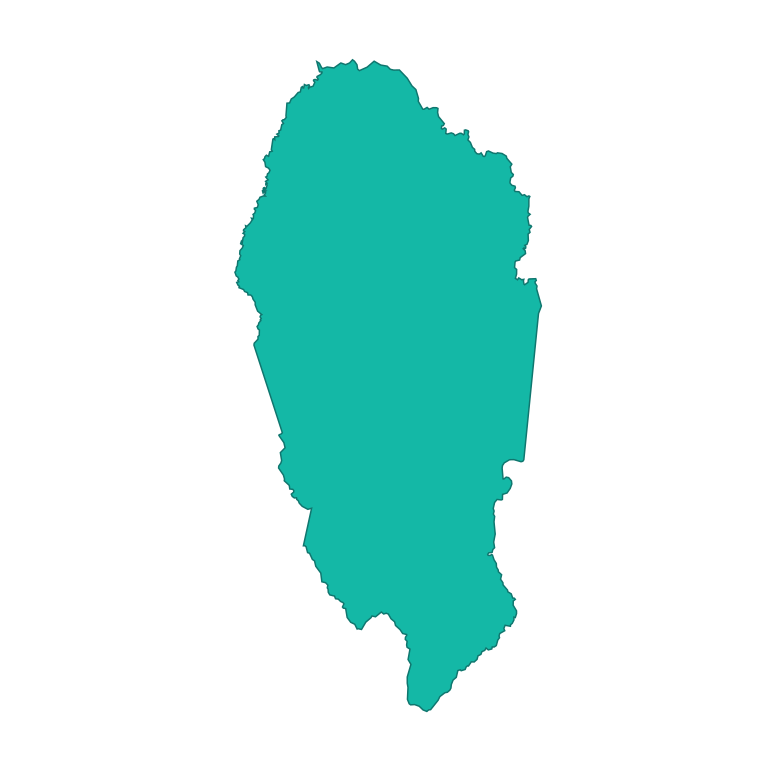 Calobre, Veraguas, Panama (Natural Earth projection), rotated 188°
{"feature_id": "35544464B72055613867107", "entity_name": "Calobre", "entity_type": "district", "adm_level": 2, "iso_a3": "PAN", "parent_name": "Panama", "parent_adm1": "Veraguas", "projection": "natural_earth1", "projection_center": [-80.825, 8.387], "detail": "fine", "context": "isolated", "style": "filled", "palette": "teal", "viewbox_px": 768, "rotation_deg": 188, "n_neighbors": 0, "source": "geoboundaries", "source_scale": "gbopen_adm2", "svg_char_len": 6152}
<svg xmlns="http://www.w3.org/2000/svg" viewBox="0 0 768 768"><g transform="rotate(188 384 384)"><path d="M547.2,474.0L545.4,470.5L543.7,469.6L542.3,467.7L543.1,466.1L542.1,465.0L544.0,464.1L542.2,461.4L540.8,460.6L541.0,459.2L536.2,458.0L534.9,456.2L531.9,455.5L531.0,453.2L528.4,453.6L526.6,452.2L525.5,449.8L522.9,447.0L522.6,444.5L519.3,438.6L514.7,435.7L515.7,434.9L516.1,433.2L514.7,431.8L515.5,430.2L514.8,429.6L516.4,427.2L516.7,424.9L517.7,423.3L516.4,421.0L514.9,420.1L514.3,414.8L515.4,413.5L515.0,410.9L518.2,406.3L518.2,404.4L477.9,321.6L479.0,320.1L480.8,319.1L480.9,318.4L475.0,312.0L473.1,307.1L477.1,301.6L474.7,294.0L475.1,291.5L476.8,288.1L476.7,286.1L471.0,279.9L469.3,276.1L469.3,274.3L463.7,270.4L462.7,266.9L459.7,267.0L458.5,265.9L458.4,264.4L460.5,262.0L459.2,259.9L457.0,258.7L454.8,259.1L454.3,257.5L452.7,256.6L451.3,254.2L448.0,251.5L442.0,249.3L438.4,250.9L441.3,212.6L439.8,212.8L438.5,212.0L436.2,206.4L434.1,206.0L430.5,200.3L428.2,199.2L426.2,194.0L420.3,188.0L418.0,179.5L414.2,179.1L411.6,177.0L411.8,174.2L410.8,173.0L410.2,170.0L408.3,167.6L403.5,167.1L402.1,164.6L399.3,164.6L396.7,162.6L394.1,161.8L393.1,160.7L394.1,157.4L393.1,156.4L390.7,156.3L388.0,147.7L383.8,143.4L379.5,142.0L376.5,137.6L375.9,138.1L372.1,137.8L368.9,145.6L364.4,150.7L363.6,152.6L360.0,152.3L354.9,157.8L352.3,156.2L349.9,157.3L347.7,156.8L344.4,152.5L340.4,150.0L339.0,146.5L333.9,143.0L330.8,139.5L326.7,139.1L326.5,138.3L327.5,136.2L327.4,134.1L325.3,132.4L325.3,128.7L324.5,126.5L321.4,125.1L321.8,114.5L318.3,110.1L320.2,97.1L319.3,90.8L318.0,86.8L316.9,75.0L314.6,70.9L313.0,70.0L309.1,70.8L304.3,69.8L300.0,66.7L296.0,65.7L294.4,67.5L292.5,68.0L286.4,78.4L285.2,82.2L280.8,86.7L278.3,87.6L276.2,90.0L275.4,92.2L275.5,95.8L274.4,100.4L271.6,103.6L271.0,110.5L268.7,111.6L267.7,110.8L263.9,112.6L263.3,115.2L262.0,116.6L261.1,116.5L258.9,121.0L256.0,121.3L253.5,124.3L253.1,127.9L250.4,129.7L249.8,132.6L247.2,134.2L246.2,136.7L243.7,135.2L240.4,136.6L240.2,138.7L238.3,138.9L236.4,140.6L235.7,146.2L234.3,148.8L235.0,150.5L234.7,153.0L230.1,156.5L231.3,158.6L230.5,161.9L225.1,161.7L225.1,163.3L223.7,164.8L222.5,168.4L222.9,171.2L221.5,171.0L220.8,175.0L221.2,177.8L225.3,182.9L225.8,187.1L224.0,189.0L225.1,190.0L226.8,190.0L228.8,193.9L232.5,195.5L233.0,197.1L238.1,201.6L238.6,203.8L241.4,206.9L241.0,211.5L244.6,214.0L245.0,215.7L247.1,218.3L247.8,221.9L250.6,225.3L252.8,229.7L253.7,230.1L254.9,229.0L257.0,228.8L257.6,229.7L256.8,231.4L253.5,232.3L253.2,235.2L251.7,237.3L253.4,242.7L253.0,250.9L255.9,262.9L256.0,268.3L257.6,270.4L257.3,273.5L258.5,275.9L258.0,282.0L256.0,285.4L251.8,285.5L250.7,286.1L251.2,291.2L247.0,293.2L244.5,298.1L243.5,302.8L244.3,305.8L247.5,308.6L250.0,308.8L252.1,306.6L252.9,306.6L255.3,317.1L255.3,319.8L253.9,322.7L249.1,326.5L244.8,327.2L237.5,326.1L235.8,326.8L235.0,328.4L240.8,475.3L239.0,483.2L246.2,499.6L246.1,502.3L248.4,505.0L248.6,506.4L247.6,507.7L248.4,509.4L255.0,508.2L255.6,507.4L255.5,504.7L258.5,501.9L259.3,502.4L260.3,505.5L260.1,507.1L262.2,506.4L265.3,507.8L266.3,505.8L268.6,506.9L268.0,511.3L268.6,515.9L270.9,517.4L271.2,523.0L270.6,524.2L267.0,525.6L266.7,528.1L262.0,532.8L262.7,535.5L265.0,537.4L264.3,538.3L263.2,537.7L262.6,538.3L262.7,539.7L263.9,540.9L261.9,542.1L261.0,546.1L262.2,552.5L260.5,554.5L261.7,557.3L259.8,560.5L260.6,561.4L262.5,561.5L265.0,568.8L264.8,570.1L262.9,572.4L265.0,573.5L265.5,575.2L265.3,580.2L266.3,587.6L265.7,590.0L266.7,590.4L268.6,589.4L271.2,591.0L273.5,590.0L277.1,593.2L281.0,592.9L281.9,594.1L281.2,596.6L281.8,598.1L285.1,598.6L286.9,600.2L287.4,601.4L287.2,605.7L285.3,607.7L285.1,609.5L287.4,611.2L289.2,616.7L288.0,619.5L293.8,624.6L294.6,626.7L299.2,628.7L303.8,628.7L304.9,627.8L308.1,627.8L313.0,629.3L314.7,628.4L315.5,624.1L316.4,623.2L317.4,623.3L320.0,626.4L321.6,624.9L324.1,625.0L326.5,627.1L326.9,629.0L329.4,630.6L332.1,635.3L334.9,637.4L334.3,640.5L335.7,643.0L335.3,645.5L335.9,646.5L338.5,647.0L339.7,646.5L339.3,642.9L339.9,641.9L342.4,643.0L343.9,642.8L348.3,639.9L350.0,641.5L352.4,642.0L356.2,640.3L357.7,640.7L357.9,645.1L359.5,646.1L361.7,644.5L362.7,645.0L362.8,647.4L361.2,648.3L360.5,650.2L367.2,656.4L368.7,660.3L368.9,664.4L370.4,664.9L373.8,664.5L377.6,662.4L379.8,663.9L382.7,661.6L383.9,661.6L389.4,668.7L389.6,671.6L393.4,680.0L397.8,683.1L403.6,690.1L412.5,697.1L418.0,696.2L421.5,696.5L425.1,699.2L431.6,699.4L438.7,702.3L444.8,695.4L452.0,690.9L453.9,692.1L455.2,696.4L458.1,699.5L460.3,700.7L462.8,697.1L466.5,694.9L471.4,695.9L477.6,690.0L484.4,690.0L488.6,687.8L489.9,688.7L492.7,692.7L495.4,693.9L491.6,684.8L490.9,684.1L488.9,684.4L488.7,683.5L489.9,681.6L493.1,679.2L493.1,678.3L491.6,676.8L492.1,675.6L494.7,676.0L496.0,675.3L496.0,674.5L494.5,673.2L495.7,669.0L498.8,667.6L499.8,666.2L500.1,666.9L499.3,668.9L500.0,669.9L502.6,668.8L504.5,669.5L504.7,666.0L505.4,665.8L506.2,667.1L507.2,666.2L507.5,661.6L509.6,660.7L512.8,655.7L515.5,653.3L516.6,649.2L519.2,648.6L518.4,635.7L517.8,634.6L519.5,631.9L520.8,631.6L521.8,630.4L519.8,628.0L521.3,626.6L521.7,621.0L523.3,620.2L522.9,617.9L524.9,616.5L522.7,615.1L522.9,614.4L526.6,613.5L526.2,610.9L527.2,611.7L528.1,611.1L528.2,600.5L527.1,599.0L529.5,598.0L530.0,593.4L532.3,594.2L533.5,592.5L533.7,590.5L534.8,589.4L532.8,587.1L531.5,582.8L528.4,581.7L526.6,579.8L527.4,577.1L528.6,575.9L528.8,573.3L529.9,572.5L527.2,570.0L529.5,568.2L527.8,566.6L528.9,566.2L528.8,565.0L528.1,565.5L527.4,564.7L528.1,560.9L528.7,560.3L529.6,561.9L530.5,561.5L530.8,560.8L530.2,559.9L531.3,558.5L530.3,556.2L529.6,557.0L529.8,558.8L527.9,558.7L528.8,557.8L527.8,556.8L528.9,554.6L527.7,553.6L529.6,553.4L532.8,551.7L533.5,549.4L535.4,547.3L533.5,543.9L534.0,541.2L536.8,540.1L536.8,539.2L535.3,537.8L535.8,535.2L537.3,533.7L536.6,532.6L536.4,529.6L538.3,529.7L537.3,528.2L539.0,524.6L541.7,521.1L543.1,521.5L542.5,519.5L544.5,517.3L544.5,516.2L543.1,515.5L544.6,513.6L542.8,512.8L542.7,510.9L543.9,509.4L544.0,504.1L545.1,505.5L545.5,503.0L542.6,501.6L543.3,498.9L545.2,496.0L545.0,492.7L543.7,491.1L544.6,487.9L544.1,487.0L545.9,485.5L545.7,480.6L546.4,479.1L546.4,475.4L547.2,474.0Z" fill="#14b8a6" stroke="#0f766e" stroke-width="1.5"/></g></svg>